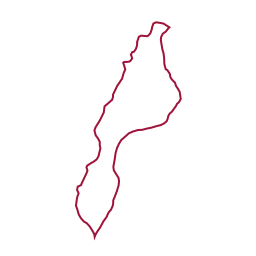 the district of Saqulta, Suhaj, Egypt, rotated 241°
{"feature_id": "37247803B11540085647408", "entity_name": "Saqulta", "entity_type": "district", "adm_level": 2, "iso_a3": "EGY", "parent_name": "Egypt", "parent_adm1": "Suhaj", "projection": "natural_earth1", "projection_center": [31.659, 26.692], "detail": "fine", "context": "isolated", "style": "outline", "palette": "rose", "viewbox_px": 256, "rotation_deg": 241, "n_neighbors": 0, "source": "geoboundaries", "source_scale": "gbopen_adm2", "svg_char_len": 2107}
<svg xmlns="http://www.w3.org/2000/svg" viewBox="0 0 256 256"><g transform="rotate(241 128 128)"><path d="M187.3,155.4L186.4,155.3L180.5,154.0L178.3,151.0L174.0,146.7L170.6,140.1L170.4,139.5L166.6,134.1L164.5,131.1L162.3,129.9L160.2,127.5L160.2,126.9L158.8,120.8L158.8,120.4L158.3,118.0L153.3,114.3L148.2,106.9L144.3,99.9L142.2,97.5L137.3,96.2L133.5,96.7L129.6,96.6L126.4,94.8L123.7,94.1L120.5,91.1L117.8,88.7L116.2,86.3L115.7,85.1L115.2,81.5L115.2,78.5L114.8,73.8L113.7,72.6L110.4,71.9L108.8,70.1L101.9,60.5L100.8,59.3L101.1,55.6L98.4,53.4L94.9,53.2L92.8,50.8L91.3,49.3L89.4,47.9L85.4,44.9L80.4,44.0L76.2,43.0L71.7,43.1L67.3,44.2L64.7,45.8L60.4,46.8L56.4,47.0L51.9,47.1L49.0,46.1L50.1,47.4L51.4,49.3L53.1,52.5L54.1,54.6L54.9,56.0L56.5,58.5L58.2,61.1L60.1,65.2L60.9,66.7L62.7,68.8L64.0,71.1L64.2,71.7L64.7,73.4L67.4,77.0L69.9,78.9L71.9,80.0L74.0,82.7L78.2,87.7L82.4,92.0L85.7,94.3L88.8,95.5L91.8,95.4L94.5,95.2L97.9,95.1L101.2,96.4L106.7,100.9L108.9,102.6L112.0,104.9L115.9,108.8L118.6,112.5L120.7,116.2L121.7,120.6L122.9,126.1L122.9,126.8L122.5,130.8L121.4,135.7L119.5,139.6L118.3,144.4L116.9,148.8L116.0,153.0L114.7,158.0L114.5,162.0L115.2,165.1L116.6,166.9L118.0,168.2L119.2,169.4L120.3,171.4L120.6,172.3L120.9,174.1L122.8,178.1L124.1,180.9L124.2,181.0L125.3,182.4L125.9,185.1L127.8,188.2L131.8,189.7L134.5,190.7L138.2,190.7L141.3,190.4L141.6,190.4L144.9,191.1L147.1,190.4L149.7,189.8L150.9,189.8L152.4,189.8L154.7,190.8L159.5,190.5L161.2,189.5L166.3,190.8L167.5,191.4L169.1,192.2L171.8,193.6L176.5,195.4L179.8,196.1L186.1,198.3L189.3,199.5L191.6,201.2L193.6,204.1L194.0,207.8L195.4,211.0L196.0,213.0L202.1,209.7L205.1,206.1L205.4,205.7L205.6,205.4L206.9,203.6L207.0,200.8L205.9,199.6L205.4,199.0L204.3,197.8L202.7,196.5L201.1,194.7L200.0,193.5L199.0,190.5L199.0,189.9L199.0,189.3L201.3,185.8L201.8,185.3L202.4,184.1L202.5,181.7L201.9,181.1L198.7,177.5L198.2,177.5L195.5,175.6L193.3,173.2L191.8,170.2L192.3,168.5L190.7,166.0L189.7,166.0L186.9,165.4L185.9,163.6L185.4,161.8L185.9,160.0L186.5,158.8L187.1,157.7L187.7,156.5L187.4,155.7L187.3,155.4Z" fill="none" stroke="#9f1239" stroke-width="2"/></g></svg>